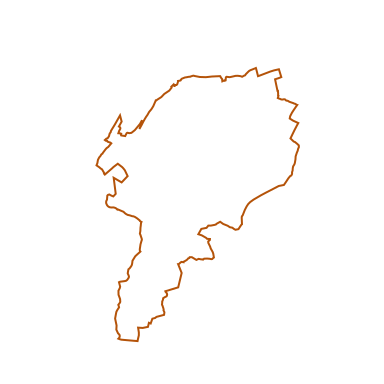 Bucerdea Granoasa, Alba, Romania, rotated 151°
{"feature_id": "2599482B1609135605728", "entity_name": "Bucerdea Granoasa", "entity_type": "district", "adm_level": 2, "iso_a3": "ROU", "parent_name": "Romania", "parent_adm1": "Alba", "projection": "mercator", "projection_center": [23.858, 46.215], "detail": "fine", "context": "isolated", "style": "outline", "palette": "amber", "viewbox_px": 384, "rotation_deg": 151, "n_neighbors": 0, "source": "geoboundaries", "source_scale": "gbopen_adm2", "svg_char_len": 5237}
<svg xmlns="http://www.w3.org/2000/svg" viewBox="0 0 384 384"><g transform="rotate(151 192 192)"><path d="M217.8,293.9L226.8,288.4L233.3,284.7L233.7,284.2L234.0,283.8L235.7,283.0L237.6,281.0L239.8,279.9L240.9,280.2L243.0,279.7L242.6,278.7L241.4,277.8L241.4,276.9L239.9,275.2L239.5,274.9L239.0,273.7L243.4,272.0L245.3,271.8L246.8,271.3L251.1,269.4L251.6,269.0L253.1,268.8L255.0,267.7L256.3,267.3L258.7,265.7L260.7,263.2L262.6,261.6L261.1,258.6L260.5,256.9L259.7,255.4L259.6,250.6L260.0,250.5L259.8,249.5L250.6,251.4L248.7,251.9L246.0,252.3L243.2,252.7L241.0,247.6L240.8,246.8L240.6,246.0L240.2,243.6L240.6,237.1L248.9,234.5L253.6,242.4L259.6,227.4L263.0,226.3L264.4,228.1L265.5,229.9L266.9,230.2L267.8,229.9L270.0,226.6L271.4,225.6L272.0,224.8L272.5,223.8L272.7,221.9L272.5,220.5L272.0,219.4L271.2,218.4L269.8,217.4L268.3,216.7L267.4,215.9L266.6,215.0L266.2,214.1L266.0,213.4L265.9,213.5L261.5,207.9L260.9,205.9L260.4,204.8L259.4,203.2L257.7,201.7L256.0,199.8L255.1,199.2L254.5,198.5L253.9,197.7L252.8,195.6L251.5,192.4L251.6,191.9L251.3,191.2L250.7,190.3L251.0,190.1L251.7,189.5L253.2,187.3L254.4,185.7L256.1,182.9L257.8,180.8L257.9,179.1L258.0,179.0L258.6,175.6L259.0,174.5L260.0,173.6L260.9,172.7L262.4,171.2L265.3,167.4L265.8,166.6L266.1,165.6L266.0,164.9L270.0,164.0L272.8,163.3L277.4,160.7L278.6,159.0L279.4,158.0L280.2,157.2L281.5,156.4L282.7,155.9L283.5,155.5L285.1,155.2L287.2,152.6L287.7,151.9L287.9,149.7L288.1,148.7L288.8,147.8L291.1,146.6L292.5,146.3L293.8,146.6L298.4,148.4L299.6,148.5L300.7,144.1L301.7,143.0L304.2,141.3L306.1,137.7L306.2,136.9L306.8,133.2L308.0,130.7L308.6,130.2L309.7,129.7L311.2,129.0L311.3,128.0L311.7,126.5L314.7,124.9L316.2,123.9L317.4,122.5L320.6,118.6L322.7,111.8L324.9,108.3L325.2,104.3L324.8,102.9L324.7,101.8L325.4,100.5L326.1,99.9L326.9,99.6L327.5,99.4L326.6,98.3L326.0,97.7L325.4,97.1L319.8,93.3L311.9,88.0L311.0,89.1L308.0,92.4L306.6,94.9L304.9,99.5L301.0,97.0L295.9,95.4L293.1,98.5L291.9,97.0L288.1,100.4L285.3,99.7L283.6,100.0L276.0,98.1L274.5,100.1L274.4,100.4L274.3,102.3L273.8,102.9L273.4,104.3L273.1,106.0L272.9,106.9L272.9,108.0L271.8,109.5L271.3,110.5L269.6,111.9L268.7,113.1L266.6,113.2L264.9,113.1L264.2,113.5L263.5,114.3L263.1,115.6L263.5,117.4L263.4,118.1L250.3,115.3L240.3,126.2L239.1,135.6L238.5,135.3L236.7,135.8L235.2,136.0L233.6,134.8L233.5,135.1L232.0,135.0L229.6,135.1L228.4,135.4L227.5,135.8L226.4,135.6L225.7,136.1L223.7,135.0L221.1,130.5L218.6,130.3L216.5,128.5L215.7,128.2L215.2,127.5L213.7,127.8L210.8,126.3L208.9,125.0L207.8,124.0L207.2,123.7L206.8,123.6L205.1,124.1L204.6,124.1L203.3,127.8L203.0,129.6L203.0,133.6L202.6,135.5L202.4,139.6L201.8,140.9L199.6,141.4L199.1,142.2L201.5,143.7L201.9,145.1L204.5,149.4L206.9,152.0L201.7,155.2L196.7,153.6L194.0,154.7L191.6,153.4L187.9,152.2L186.6,152.0L186.0,152.3L181.8,152.3L180.2,148.9L177.1,145.1L176.0,142.9L174.0,141.2L173.3,139.5L172.3,137.9L169.4,137.0L164.8,139.4L163.9,139.6L161.0,145.4L160.2,146.5L159.0,147.0L154.5,150.7L151.2,152.9L148.7,154.2L146.0,155.0L141.8,155.5L133.2,155.7L127.6,155.6L113.2,155.2L108.2,153.6L105.2,155.1L101.0,157.3L100.0,157.7L99.2,158.0L98.5,158.3L97.1,158.3L95.7,159.3L94.9,160.8L93.6,162.0L92.3,164.0L91.1,165.4L89.1,166.5L88.0,167.5L85.6,170.5L84.1,172.9L82.6,174.3L81.2,175.6L79.5,176.9L78.4,178.2L76.7,179.5L76.4,180.2L76.0,181.0L76.6,183.0L77.0,184.0L77.7,185.8L78.2,186.3L78.6,186.9L79.1,188.5L79.9,191.1L76.1,193.8L72.4,196.4L68.0,199.3L65.6,200.8L69.0,205.4L70.9,208.9L69.4,210.7L66.1,212.9L63.1,214.5L59.3,216.4L57.8,217.1L58.0,217.3L58.5,218.2L59.1,219.2L59.8,219.8L60.0,220.2L60.3,220.6L63.2,223.8L63.6,224.7L64.3,225.6L65.2,226.2L65.5,226.8L65.6,227.6L66.1,228.2L66.8,228.6L68.1,229.0L69.1,229.7L69.8,230.7L70.4,231.3L71.4,232.6L69.7,234.3L69.9,234.7L69.0,236.2L67.8,238.8L68.2,239.0L66.1,245.8L64.7,250.3L61.1,249.6L58.2,249.2L56.5,257.2L61.3,258.6L65.2,259.4L77.1,261.1L78.1,261.3L76.8,266.2L76.1,269.0L76.0,269.5L79.7,269.9L81.8,270.2L82.2,270.2L83.3,270.2L85.3,269.7L85.8,269.5L86.7,269.3L86.9,269.2L87.3,269.1L87.7,269.0L88.2,268.7L88.4,268.6L88.6,268.5L89.2,268.3L89.8,268.5L91.0,268.5L92.3,268.5L93.2,269.6L93.8,270.1L95.7,271.5L97.7,272.5L99.5,273.0L102.6,273.9L103.6,274.3L105.9,276.0L106.4,276.0L106.9,275.7L108.5,273.3L109.2,273.4L109.1,273.9L111.8,274.1L110.9,276.2L111.3,278.4L111.1,279.2L111.2,279.7L118.5,283.3L124.2,285.7L129.4,288.8L133.6,292.3L134.1,292.9L134.8,293.2L135.6,293.4L136.3,293.5L137.1,293.7L137.8,293.7L138.0,293.8L138.4,294.1L139.5,294.5L140.8,294.9L141.9,295.3L142.7,295.6L144.3,295.8L146.0,296.0L146.7,295.8L147.3,295.6L147.6,295.2L147.9,295.1L148.4,295.2L150.4,295.9L150.6,295.4L152.7,293.4L153.7,293.1L155.0,293.8L155.7,293.1L156.1,293.3L155.9,295.0L159.1,294.1L159.2,293.2L162.7,291.7L168.7,291.2L172.8,289.9L177.7,289.6L179.4,289.3L179.5,289.5L179.6,289.4L184.3,285.8L186.8,284.4L187.6,284.0L190.7,282.8L193.6,281.0L195.7,280.0L197.8,278.8L200.4,277.2L203.5,275.1L207.5,272.6L203.6,275.7L201.1,278.1L201.6,278.6L204.4,276.8L211.8,273.9L212.7,273.7L216.3,273.1L218.4,273.9L219.7,275.1L220.1,275.2L220.7,275.1L222.2,274.1L223.3,273.3L226.5,275.8L226.4,276.6L225.7,277.3L226.3,278.0L227.9,279.1L226.2,280.7L224.0,282.1L223.6,282.9L223.7,284.0L224.2,284.7L219.4,287.7L217.8,293.9Z" fill="none" stroke="#b45309" stroke-width="2"/></g></svg>